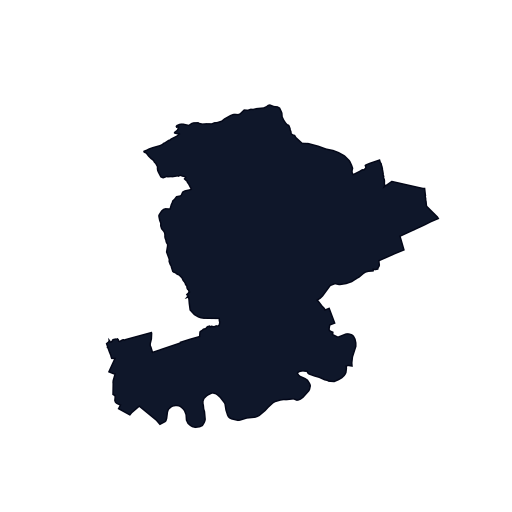 Valea Vinului, Satu Mare, Romania, rotated 159°
{"feature_id": "2599482B77200705229767", "entity_name": "Valea Vinului", "entity_type": "district", "adm_level": 2, "iso_a3": "ROU", "parent_name": "Romania", "parent_adm1": "Satu Mare", "projection": "natural_earth1", "projection_center": [23.187, 47.68], "detail": "fine", "context": "isolated", "style": "filled", "palette": "ink", "viewbox_px": 512, "rotation_deg": 159, "n_neighbors": 0, "source": "geoboundaries", "source_scale": "gbopen_adm2", "svg_char_len": 6143}
<svg xmlns="http://www.w3.org/2000/svg" viewBox="0 0 512 512"><g transform="rotate(159 256 256)"><path d="M283.9,404.7L282.1,404.4L282.0,404.2L282.6,403.3L284.4,401.5L287.7,400.5L287.9,400.1L287.7,399.8L286.1,398.7L283.7,397.8L283.7,397.3L287.0,396.2L293.2,395.6L295.1,395.0L296.1,395.2L300.5,394.2L302.1,394.2L303.2,393.6L306.0,393.4L313.7,394.1L317.5,394.2L319.9,393.9L323.0,393.9L323.2,393.6L323.1,393.0L321.5,391.4L320.4,387.7L319.0,384.6L317.8,382.7L317.3,381.5L317.2,380.2L316.4,378.4L315.9,374.7L316.7,372.8L317.1,371.0L317.0,369.1L316.4,364.0L315.0,362.6L314.5,362.3L311.2,362.3L310.5,362.1L310.0,361.6L307.0,360.7L305.5,360.0L300.2,358.9L299.9,358.4L297.7,358.5L295.9,356.9L294.3,355.9L293.5,355.0L293.4,354.5L295.1,353.6L293.5,350.4L293.6,349.3L293.0,347.3L292.6,343.5L292.4,342.2L292.5,341.5L292.8,341.4L294.5,341.5L298.9,342.2L301.0,342.0L301.6,341.8L303.9,339.5L305.0,339.1L308.9,339.8L311.5,338.2L314.1,337.1L314.7,336.1L316.6,334.3L319.4,330.6L323.6,332.5L325.6,332.6L327.9,331.8L331.4,329.3L332.2,328.4L332.5,327.3L333.1,323.8L333.1,320.7L334.1,318.3L334.3,315.3L333.1,311.8L333.0,310.2L333.4,308.4L334.2,306.4L334.4,305.0L334.4,303.0L334.7,301.6L334.7,300.1L334.3,299.2L334.5,298.2L334.9,297.1L338.0,291.8L338.1,284.1L339.1,281.7L338.9,280.5L339.1,280.0L339.0,279.3L339.1,278.8L338.7,277.2L338.9,276.1L339.2,271.4L338.3,270.1L337.2,269.4L336.6,268.0L335.8,267.3L335.9,267.1L334.5,265.8L332.9,262.1L332.7,259.2L332.0,257.3L331.9,256.1L331.6,255.8L332.0,254.5L331.7,254.1L331.3,252.3L331.8,251.1L331.8,250.1L331.7,249.4L331.1,248.8L331.3,247.7L330.9,246.2L331.2,245.9L331.8,246.1L332.4,245.6L334.4,244.8L334.3,244.3L333.5,243.7L333.6,243.0L335.4,242.0L333.7,241.9L334.1,239.6L335.3,235.5L336.8,229.2L334.5,223.4L331.6,219.8L329.7,218.2L327.1,216.7L312.7,210.9L313.5,208.4L313.4,207.6L313.9,206.5L315.3,204.3L315.8,204.5L316.7,204.2L317.5,204.5L318.1,205.0L319.2,205.0L319.5,204.7L321.5,205.4L322.5,206.3L323.0,206.3L323.3,206.0L324.3,206.4L324.1,206.6L324.5,207.2L325.0,207.0L325.4,207.3L326.5,207.4L327.4,207.1L328.8,206.2L331.3,206.5L333.0,205.8L334.9,205.5L335.5,205.1L337.5,201.0L347.5,201.9L357.5,202.5L357.8,201.9L387.2,203.1L386.8,208.4L386.9,210.1L386.6,211.1L386.1,212.2L383.4,216.1L381.2,221.1L381.1,222.0L407.8,224.7L409.0,224.5L409.2,224.9L409.7,225.3L410.9,225.5L413.8,225.0L414.7,225.6L414.6,227.2L415.1,228.3L415.8,228.2L417.0,228.8L419.3,229.1L420.0,228.9L420.7,228.0L422.5,227.6L423.1,228.1L423.0,229.0L423.3,230.0L423.5,229.3L424.5,228.5L426.9,227.7L427.0,224.6L427.5,223.8L427.1,223.2L427.1,222.6L427.2,219.1L427.1,215.0L427.3,214.2L427.4,212.1L424.3,210.9L434.8,200.6L431.2,197.2L429.8,196.3L433.9,190.9L434.7,189.3L435.1,187.9L439.1,178.0L437.9,176.9L438.1,176.6L437.6,176.3L438.1,174.6L439.5,171.8L439.6,170.1L439.0,168.7L438.3,167.8L435.9,165.4L439.0,162.7L430.7,152.9L428.3,154.3L418.8,157.7L407.8,138.4L406.0,133.3L400.3,134.0L399.2,134.5L397.6,136.5L394.6,142.1L393.2,143.8L392.1,144.6L388.9,145.7L387.3,145.8L384.4,145.2L382.1,144.1L380.7,142.9L379.6,141.1L378.6,139.0L378.1,137.1L378.1,132.9L379.7,127.7L379.4,124.1L378.0,121.4L376.5,119.5L374.0,117.8L369.7,116.8L366.8,117.0L364.1,119.1L362.8,120.5L362.0,121.8L359.9,129.1L359.7,131.9L358.8,135.1L358.4,137.4L357.6,139.5L355.7,141.7L352.2,143.2L350.3,143.6L346.7,143.9L345.4,143.7L342.8,141.8L341.8,140.4L340.0,136.9L338.0,130.2L337.9,129.0L339.2,122.9L339.5,117.7L339.3,115.8L338.6,114.3L337.1,112.7L331.8,109.1L330.0,108.6L322.7,108.1L314.7,105.9L312.4,105.8L310.2,106.0L302.9,108.5L298.9,110.5L292.9,112.9L290.5,113.3L284.7,112.8L281.9,112.2L278.9,111.0L272.4,109.3L271.4,108.6L269.7,106.9L268.5,106.5L265.8,106.5L262.8,107.3L255.0,111.3L253.8,112.4L251.9,115.3L251.7,116.6L251.8,118.1L252.5,121.6L254.2,124.0L258.2,128.0L259.0,129.6L259.4,131.7L258.7,132.3L257.2,132.6L255.7,132.5L253.4,132.0L251.4,130.9L250.0,130.3L249.5,129.8L249.6,128.5L248.8,126.9L244.4,123.1L240.4,120.1L236.3,115.9L233.9,114.3L232.9,113.1L228.0,110.8L223.3,111.0L219.6,111.6L216.5,112.9L214.9,114.0L213.8,115.1L211.9,118.7L211.2,121.0L209.1,120.8L205.8,118.9L204.9,121.9L202.1,127.3L195.2,135.9L194.0,139.1L193.4,142.9L193.8,146.1L194.3,147.2L195.0,148.2L197.3,149.9L198.8,150.6L200.2,150.9L208.6,150.8L212.8,155.3L211.9,156.5L211.6,157.3L213.6,159.2L214.0,160.1L214.2,161.0L213.9,161.8L211.9,165.2L206.6,165.2L206.5,180.9L210.9,180.8L211.0,182.1L211.3,183.2L212.4,185.6L213.7,190.2L214.7,192.9L211.2,193.6L208.2,194.9L197.3,201.9L192.1,201.9L188.8,199.7L187.8,199.3L181.7,198.0L178.6,197.9L175.9,197.8L169.9,199.1L167.4,199.4L162.0,201.3L159.5,201.8L156.6,201.5L152.2,200.2L151.9,200.2L151.4,201.6L149.5,200.6L147.0,200.2L146.2,201.4L145.0,202.2L144.1,203.4L143.4,206.3L142.9,207.6L125.4,208.5L115.7,208.7L114.5,222.9L87.3,224.7L80.5,225.4L72.4,225.7L72.7,227.4L78.9,241.2L78.8,242.2L77.7,246.1L77.6,247.4L77.1,248.5L76.6,251.3L76.3,251.9L76.0,252.0L76.0,252.5L74.4,258.6L76.1,259.3L79.6,261.6L102.5,276.9L111.6,274.6L110.9,275.3L110.3,276.5L110.3,277.4L109.2,280.0L108.8,281.9L109.0,282.5L109.0,283.2L108.2,284.7L108.3,285.9L107.9,287.3L107.7,287.5L107.4,289.5L107.2,289.8L107.2,291.0L106.8,291.9L106.4,294.5L106.4,295.7L106.1,297.4L106.5,298.7L106.3,301.3L116.1,301.7L120.6,301.6L121.4,301.4L121.6,301.2L121.5,300.3L121.7,299.3L122.1,298.7L124.5,297.7L125.9,298.4L129.0,297.8L136.2,297.1L136.4,299.0L136.3,300.0L135.5,301.7L134.4,303.3L134.3,306.5L134.6,310.6L134.9,311.8L137.4,317.4L138.0,318.3L141.9,322.9L146.2,326.8L152.3,330.7L158.5,336.1L166.9,342.2L172.6,344.6L176.4,352.3L176.8,354.7L178.3,355.8L179.4,357.4L179.2,358.5L178.9,359.2L178.9,361.9L178.6,362.7L178.6,365.7L178.8,366.4L179.7,367.1L180.2,368.0L180.8,369.6L181.5,372.8L181.8,376.5L180.7,380.1L180.7,381.6L181.0,385.6L182.6,387.5L185.8,389.1L189.0,392.0L190.6,392.2L192.5,391.6L195.8,391.4L202.5,393.3L206.2,393.8L208.3,394.8L211.4,394.9L214.7,396.5L219.9,394.3L222.0,394.3L225.1,395.8L226.6,396.2L229.4,396.2L236.3,395.2L239.6,394.1L244.5,394.4L247.1,395.2L249.9,395.1L254.8,397.1L258.8,398.3L261.7,400.2L262.2,401.0L262.6,401.2L266.6,402.6L268.6,402.7L271.9,401.9L276.7,405.1L278.4,405.8L280.2,406.2L283.0,406.1L283.9,405.6L283.9,404.7Z" fill="#0f172a" stroke="#020617" stroke-width="1.5"/></g></svg>